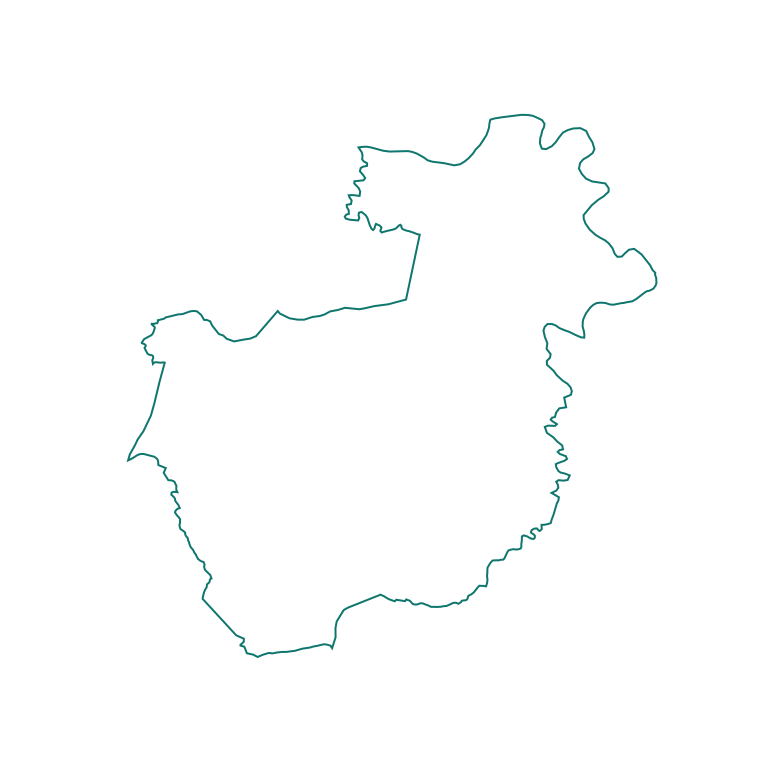 the district of Mecatlán, Veracruz, Mexico, rotated 282°
{"feature_id": "50627088B34984367598758", "entity_name": "Mecatlán", "entity_type": "district", "adm_level": 2, "iso_a3": "MEX", "parent_name": "Mexico", "parent_adm1": "Veracruz", "projection": "natural_earth1", "projection_center": [-97.65, 20.21], "detail": "fine", "context": "isolated", "style": "outline", "palette": "teal", "viewbox_px": 768, "rotation_deg": 282, "n_neighbors": 0, "source": "geoboundaries", "source_scale": "gbopen_adm2", "svg_char_len": 6156}
<svg xmlns="http://www.w3.org/2000/svg" viewBox="0 0 768 768"><g transform="rotate(282 384 384)"><path d="M549.2,626.2L551.3,623.0L555.4,619.7L564.3,609.0L568.2,600.6L566.3,595.7L562.2,592.7L558.1,590.1L556.9,585.9L559.2,582.7L564.3,579.3L568.3,574.6L570.5,570.3L572.2,564.5L573.9,559.9L577.7,553.2L582.9,547.7L586.9,545.1L590.7,544.1L602.1,550.1L608.9,555.4L613.2,559.8L618.8,563.7L622.3,563.0L626.2,558.8L625.4,545.3L626.9,538.9L630.5,533.9L635.2,529.9L641.0,529.9L645.2,532.2L649.0,536.4L653.3,540.1L657.6,541.0L663.6,537.7L668.4,533.1L673.5,529.2L675.1,522.9L673.3,516.0L670.6,511.0L667.2,506.8L661.5,503.9L656.4,501.8L651.5,498.7L647.5,493.8L647.0,489.5L651.7,486.5L657.5,485.7L660.1,486.1L664.9,486.1L667.9,487.0L671.7,487.0L674.9,483.9L676.2,479.0L677.3,473.6L677.0,468.5L675.9,462.6L669.5,444.1L666.7,436.8L664.6,433.0L659.9,433.0L657.2,433.4L653.9,433.2L648.5,432.4L637.6,428.2L632.4,424.9L627.9,423.1L622.4,419.8L618.3,416.5L614.8,412.8L612.5,407.3L612.5,396.9L611.5,385.0L611.9,380.2L613.9,375.7L616.2,368.3L616.9,363.6L616.8,359.1L612.5,341.0L612.0,334.6L612.7,322.2L612.5,317.6L611.2,312.8L610.1,309.9L605.9,314.2L603.0,315.5L599.3,315.9L597.6,317.7L596.4,321.6L593.8,322.0L592.3,318.5L590.5,316.3L587.0,316.2L584.4,319.8L581.5,322.8L579.0,321.6L576.1,312.9L573.9,313.3L570.3,318.6L567.3,320.7L562.9,321.0L562.3,314.2L561.3,310.3L559.3,311.5L556.8,314.2L553.2,314.3L551.5,310.3L549.5,310.8L546.6,313.3L543.1,314.3L541.8,311.9L539.6,310.8L537.8,312.3L537.6,316.6L538.6,324.7L541.2,325.3L543.8,324.0L546.4,323.9L547.6,326.4L545.2,331.1L543.0,333.2L536.2,337.2L533.2,339.5L532.3,341.3L534.1,342.3L536.4,342.4L538.9,342.9L538.1,346.8L536.6,349.0L533.0,348.6L531.7,350.2L534.0,354.4L537.0,360.9L538.6,363.3L542.3,365.8L543.1,366.9L542.1,368.2L541.0,368.4L539.4,369.9L538.7,373.9L538.7,376.8L538.2,381.2L537.5,385.1L537.5,387.9L471.2,388.0L462.9,371.7L458.2,358.4L453.8,348.9L452.0,344.3L450.4,329.9L446.8,323.5L443.9,316.4L439.5,311.2L437.1,306.9L434.7,300.1L430.3,292.5L429.0,286.2L428.6,278.1L431.2,267.5L433.3,264.9L404.2,248.9L400.6,243.7L397.9,236.6L394.5,228.6L395.5,220.8L398.0,216.7L398.6,212.0L405.5,203.7L409.1,201.0L409.8,197.5L409.3,194.7L413.6,190.8L416.2,185.9L415.9,182.8L414.8,179.4L410.5,172.4L409.2,168.0L403.7,156.6L402.1,155.2L399.3,149.5L398.0,149.9L396.5,149.6L395.0,146.4L394.6,144.3L394.3,144.2L394.0,144.5L392.0,147.9L390.8,148.1L386.9,147.7L384.6,147.1L383.3,146.2L378.0,140.0L374.1,138.5L373.6,138.6L373.2,141.3L372.6,142.6L372.0,143.0L371.2,143.0L369.8,142.3L369.2,142.4L364.5,146.4L363.9,147.8L363.8,150.9L363.5,152.0L362.4,152.6L361.2,152.9L359.0,152.4L355.6,153.8L357.1,154.7L357.8,156.0L358.4,160.9L359.4,164.5L359.3,165.1L340.1,164.0L317.9,163.4L304.8,162.6L287.8,158.5L278.2,154.5L272.9,153.3L262.2,150.0L256.1,149.6L258.6,152.9L263.1,157.5L264.3,159.2L265.2,161.4L265.6,163.6L265.1,174.4L264.1,176.7L262.9,178.3L261.0,179.3L257.8,180.1L256.4,188.0L251.3,187.0L245.1,193.0L245.5,195.9L245.4,197.7L244.8,199.3L243.8,200.2L243.0,200.6L241.5,202.0L237.3,202.8L235.2,204.4L234.8,200.3L233.4,198.8L231.5,199.0L229.5,202.3L228.3,203.4L226.2,204.2L222.9,208.0L220.2,210.0L219.0,208.1L218.0,207.2L216.2,206.3L214.9,206.3L212.6,208.6L211.3,210.5L209.5,212.6L205.5,213.4L203.7,213.2L201.4,214.1L199.8,215.1L198.4,218.5L197.4,220.4L196.0,220.6L194.1,221.9L192.6,224.0L189.8,225.2L188.6,226.4L187.8,226.5L184.7,228.5L183.6,229.6L182.1,231.7L179.4,233.8L177.9,235.7L177.0,236.1L174.2,238.5L173.0,240.9L172.5,242.7L172.4,244.5L169.8,246.1L167.9,246.0L165.0,247.5L161.0,253.8L157.9,255.7L156.9,254.5L153.7,254.4L151.1,252.5L148.5,252.8L145.2,251.7L142.8,251.3L137.5,251.1L136.1,251.3L107.5,291.6L105.7,299.9L102.6,300.4L98.9,297.8L98.3,298.0L98.0,302.0L92.1,305.9L92.1,312.4L90.7,317.0L94.1,322.0L97.0,327.3L97.3,330.9L98.8,334.3L100.7,339.8L101.6,344.0L104.5,352.3L108.1,359.1L111.0,366.8L112.5,369.4L114.0,373.2L115.9,377.0L117.1,380.1L117.2,383.0L116.9,386.1L114.8,388.2L126.2,389.3L135.0,387.3L141.9,387.1L154.5,391.6L157.8,395.3L177.2,424.4L176.5,427.7L174.5,433.6L173.7,439.7L175.5,440.8L176.0,449.7L177.9,450.6L177.3,454.5L174.9,457.7L174.7,459.6L174.9,461.3L175.8,463.2L177.1,465.2L177.5,467.5L176.9,470.6L176.7,472.7L175.8,476.3L177.0,482.4L177.9,485.8L179.0,488.3L179.9,491.4L184.3,497.3L185.0,499.8L184.5,502.6L186.7,504.7L188.1,505.1L188.9,507.0L189.4,508.8L190.7,510.2L194.2,510.5L196.8,513.5L198.9,515.2L204.0,517.7L206.5,519.2L207.2,523.6L207.3,525.9L210.9,526.2L214.1,525.9L217.5,524.7L221.2,524.3L223.7,523.7L226.1,523.5L231.5,525.4L233.9,526.9L235.0,530.7L235.3,532.8L236.2,534.3L236.7,536.3L237.2,537.3L238.3,538.0L245.3,539.6L247.1,540.4L248.2,542.2L249.4,545.1L249.5,547.4L250.3,549.9L251.5,551.9L253.2,552.2L256.0,551.6L259.1,551.4L263.6,550.6L265.0,552.2L264.7,555.8L263.7,558.6L263.3,560.8L263.7,562.8L264.5,563.3L265.7,563.4L267.0,563.1L268.1,561.6L268.8,559.3L269.6,558.5L271.9,558.9L273.8,561.1L274.5,563.5L272.9,565.7L272.6,566.9L274.8,568.5L279.0,567.4L279.7,570.3L281.2,573.7L282.7,576.0L286.3,576.2L291.4,577.0L303.2,577.9L306.2,578.8L309.6,578.6L312.3,570.5L315.5,574.7L318.7,576.1L321.3,575.2L324.2,572.8L326.2,574.7L326.8,579.7L328.3,583.6L333.2,584.7L334.0,579.6L334.1,575.1L335.2,572.6L338.4,569.8L341.3,568.7L343.1,571.0L346.2,576.2L348.7,578.6L351.2,576.9L352.1,570.5L353.7,568.0L355.8,569.4L357.3,572.7L361.0,571.0L363.6,565.6L367.1,560.6L370.1,553.5L375.5,550.2L377.4,553.2L378.6,560.0L380.7,561.5L382.4,556.9L383.7,554.5L385.9,555.3L387.3,558.1L391.8,558.3L396.6,560.5L399.1,567.0L408.2,563.1L412.3,569.1L416.1,569.2L419.5,567.2L422.3,563.5L424.4,558.1L428.6,551.1L432.2,547.1L436.8,539.3L440.5,538.5L444.2,540.9L447.8,540.8L452.2,535.7L457.9,535.3L463.4,531.6L469.3,528.9L473.3,529.3L476.6,531.4L477.6,535.9L477.0,539.7L475.2,543.9L474.1,549.7L473.5,554.4L471.9,560.6L470.6,567.0L471.0,570.2L474.1,569.7L477.7,568.3L481.5,566.3L486.2,565.5L489.0,565.5L495.2,566.9L501.9,570.0L505.1,572.4L507.4,575.2L508.6,578.9L509.3,583.9L508.8,588.2L509.2,591.8L512.3,599.0L513.3,602.1L514.1,603.6L516.5,609.6L519.4,612.9L527.9,620.2L529.4,621.8L530.2,623.8L531.8,626.0L533.5,627.8L536.8,629.2L539.2,629.5L544.1,628.3L547.5,626.3L549.2,626.2Z" fill="none" stroke="#0f766e" stroke-width="2"/></g></svg>